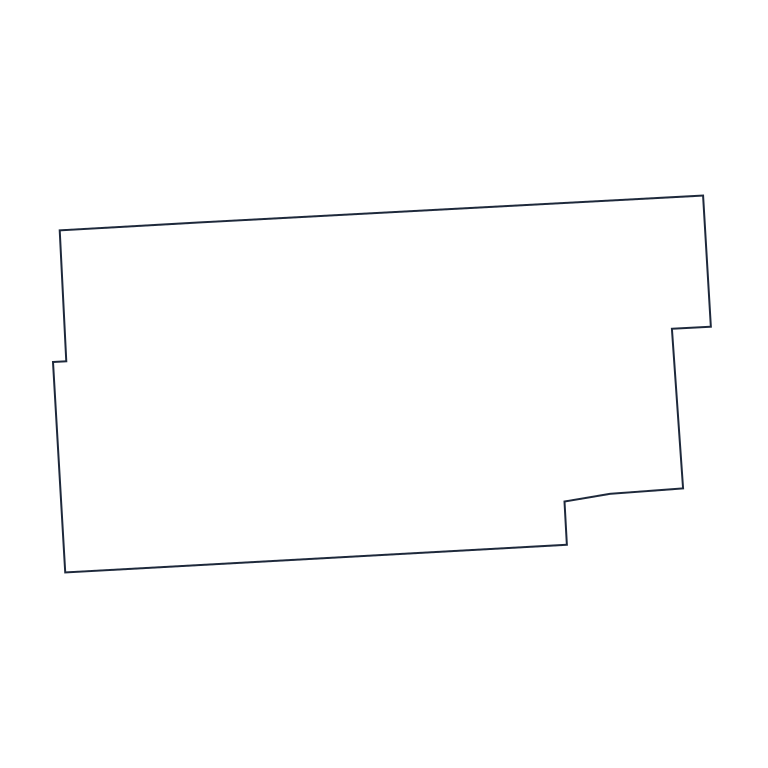 outline of Douglas, Illinois, United States of America, rotated 357°
{"feature_id": "52423323B58198584375209", "entity_name": "Douglas", "entity_type": "district", "adm_level": 2, "iso_a3": "USA", "parent_name": "United States of America", "parent_adm1": "Illinois", "projection": "robinson", "projection_center": [-88.204, 39.766], "detail": "fine", "context": "isolated", "style": "outline", "palette": "slate", "viewbox_px": 768, "rotation_deg": 357, "n_neighbors": 0, "source": "geoboundaries", "source_scale": "gbopen_adm2", "svg_char_len": 317}
<svg xmlns="http://www.w3.org/2000/svg" viewBox="0 0 768 768"><g transform="rotate(357 384 384)"><path d="M55.8,555.5L558.2,554.1L558.1,510.8L603.9,505.5L677.2,503.9L674.4,343.9L713.4,343.9L712.5,212.5L207.0,213.0L68.2,213.6L67.9,344.7L54.6,344.7L55.8,555.5Z" fill="none" stroke="#1e293b" stroke-width="2"/></g></svg>